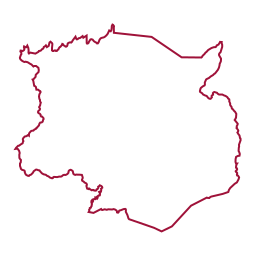 Campo Formoso, Bahia, Brazil
{"feature_id": "56859067B18593931562770", "entity_name": "Campo Formoso", "entity_type": "district", "adm_level": 2, "iso_a3": "BRA", "parent_name": "Brazil", "parent_adm1": "Bahia", "projection": "robinson", "projection_center": [-40.821, -10.26], "detail": "fine", "context": "isolated", "style": "outline", "palette": "rose", "viewbox_px": 256, "rotation_deg": 0, "n_neighbors": 0, "source": "geoboundaries", "source_scale": "gbopen_adm2", "svg_char_len": 5610}
<svg xmlns="http://www.w3.org/2000/svg" viewBox="0 0 256 256"><path d="M230.2,188.0L234.7,183.8L236.9,182.4L238.6,179.2L239.1,177.4L238.4,176.2L237.8,175.5L237.1,175.4L236.9,174.5L237.2,173.1L236.8,172.4L236.1,172.0L235.7,171.2L237.1,169.6L237.1,168.9L236.7,168.1L236.0,167.7L236.1,166.0L236.7,164.1L237.1,163.5L236.0,163.5L235.5,161.9L235.6,159.1L236.1,156.9L237.7,156.0L239.5,155.7L239.8,154.0L239.3,152.3L238.6,151.0L238.8,147.7L239.1,146.7L239.0,144.7L240.6,140.2L240.5,138.5L240.0,138.1L239.5,135.5L238.3,134.0L237.4,132.5L238.0,131.7L238.3,130.7L237.8,129.6L236.5,128.0L236.9,127.4L236.7,126.2L237.6,124.6L237.7,123.7L234.7,120.0L235.2,119.4L235.5,118.4L236.0,117.8L236.3,113.9L235.1,111.8L234.0,110.8L232.8,109.2L231.9,108.6L231.5,106.8L230.3,105.3L230.1,104.4L230.2,103.5L229.2,101.2L229.4,100.2L229.2,99.3L228.0,98.4L227.7,97.6L227.0,96.9L225.5,95.9L224.2,95.5L222.3,94.5L219.0,94.5L217.7,93.7L217.0,92.8L214.3,92.0L213.5,92.4L212.9,93.1L213.1,94.7L211.7,95.6L211.6,96.4L211.9,97.3L210.6,98.8L209.9,98.8L208.8,98.4L208.1,97.8L206.6,95.9L205.4,95.6L203.1,94.5L202.2,93.3L200.1,91.9L199.9,91.1L200.5,88.6L201.0,87.8L202.9,86.3L204.6,85.4L204.9,84.5L204.8,82.5L206.1,79.5L206.8,79.0L208.9,78.0L210.8,76.4L213.0,75.1L214.3,73.8L215.1,73.4L217.9,69.8L219.0,67.5L219.6,65.0L219.6,64.0L220.8,61.5L221.0,59.8L221.0,58.6L219.3,55.7L219.0,54.9L219.1,54.0L219.7,53.0L220.5,52.3L222.2,46.9L222.2,44.8L221.6,43.0L221.7,42.0L220.1,41.9L220.0,42.6L219.3,43.2L218.5,44.6L216.7,45.4L216.3,46.4L215.6,47.1L213.8,47.2L211.5,48.0L208.2,50.0L206.3,52.1L205.6,52.5L204.4,54.1L202.6,55.8L202.0,56.9L201.4,57.5L181.6,57.3L151.6,36.9L113.9,32.8L113.8,27.7L114.0,26.2L113.1,24.9L112.5,24.6L111.8,26.0L111.7,28.1L111.3,30.4L110.7,31.3L109.8,31.0L109.2,30.5L107.7,33.8L106.4,35.4L104.8,36.8L103.7,37.4L101.9,37.8L100.7,38.3L99.6,39.6L98.5,42.5L97.8,43.4L97.0,43.4L96.6,42.7L95.7,42.4L93.9,41.2L92.6,39.6L91.2,39.2L90.4,39.5L89.0,41.7L88.5,42.9L87.8,43.5L87.1,43.6L86.7,43.0L86.7,41.9L86.6,35.6L83.3,37.7L82.6,36.1L80.2,37.9L78.5,38.3L77.7,39.1L76.9,39.4L76.3,38.9L75.5,36.7L72.5,40.7L72.1,41.7L71.1,42.6L70.2,42.3L68.4,42.9L67.7,43.6L67.5,44.9L67.0,46.1L66.3,46.6L65.5,46.6L64.9,46.0L63.3,45.1L63.0,44.2L62.3,43.9L61.6,45.4L60.3,46.9L59.7,47.1L58.7,48.5L58.4,49.5L57.4,50.0L56.9,50.9L55.9,51.0L55.2,50.4L54.2,50.5L53.6,51.0L52.7,51.0L52.0,50.4L52.0,48.1L52.4,44.0L52.1,43.2L50.5,41.7L49.5,42.5L48.7,45.9L46.9,47.1L45.9,45.4L45.3,46.1L43.8,47.0L43.4,48.2L42.8,48.9L42.0,49.2L41.2,50.2L40.6,50.7L38.9,51.0L38.5,51.8L35.4,53.6L30.3,52.6L29.0,53.5L28.5,52.8L28.6,50.2L28.3,47.9L27.3,45.6L26.4,47.2L25.7,47.3L24.1,46.4L23.9,47.1L24.4,49.0L24.0,50.1L23.1,50.8L22.2,51.1L21.6,50.7L20.6,50.6L20.4,51.6L21.2,52.3L21.4,54.1L20.9,54.8L19.9,57.6L20.0,58.5L20.6,59.5L22.2,60.9L23.9,61.8L24.6,62.0L25.5,61.7L27.6,62.2L30.6,64.1L31.4,64.4L33.4,66.5L34.2,66.0L36.1,66.0L38.4,67.8L38.8,70.1L38.5,72.1L36.4,74.1L35.7,75.0L35.6,76.8L33.5,79.2L32.6,79.5L33.3,80.9L34.2,85.8L35.1,86.2L35.9,87.0L36.4,89.7L38.1,89.7L38.9,90.3L39.4,90.9L40.2,91.1L40.6,92.0L39.4,94.3L39.0,96.5L39.4,98.9L40.0,99.9L40.0,100.9L40.2,101.8L40.8,102.5L40.2,104.6L40.1,105.5L39.1,107.1L40.0,108.8L39.8,109.7L38.2,111.2L38.0,112.2L38.5,113.1L39.9,113.8L40.6,114.7L40.6,115.7L41.2,116.5L42.1,116.6L43.5,118.2L43.6,119.1L43.0,120.1L42.7,121.6L41.7,122.4L40.2,122.6L39.5,123.5L38.9,125.5L37.5,126.9L37.2,127.6L36.4,127.9L36.1,128.7L34.3,129.6L33.4,130.6L32.1,130.7L31.0,131.1L30.3,131.9L29.4,132.9L29.0,133.8L28.9,135.6L28.3,135.1L27.7,135.1L26.7,136.1L24.8,136.5L23.5,137.8L22.8,139.1L23.0,140.2L23.4,141.1L23.0,141.7L22.6,143.3L20.6,144.5L19.2,145.6L18.1,145.8L16.0,147.9L15.4,148.9L17.0,148.7L17.7,148.9L19.1,150.8L19.7,153.0L19.3,154.7L19.4,157.9L19.8,158.7L20.9,159.9L20.9,160.6L20.7,162.5L20.0,163.4L20.0,165.9L20.7,167.9L20.9,168.8L22.0,169.8L23.8,170.3L24.5,170.7L24.8,171.4L24.8,172.4L25.6,174.2L26.3,175.0L28.2,175.9L29.0,175.9L29.5,175.2L30.9,174.7L31.6,174.1L33.1,172.5L33.5,171.5L34.1,170.9L36.0,169.6L36.7,169.6L38.6,170.3L39.5,170.4L40.1,171.3L41.9,173.3L43.6,174.3L45.8,174.8L47.3,176.0L48.4,176.3L50.0,177.6L52.1,178.3L52.9,178.0L53.3,177.2L54.0,176.9L57.2,177.1L59.1,176.6L60.8,176.6L61.6,176.4L63.0,175.2L64.2,174.8L65.2,175.0L66.0,174.8L67.4,174.0L68.4,172.8L68.6,171.2L69.1,170.5L69.9,170.0L70.7,169.8L71.6,170.2L72.8,171.2L73.3,173.7L74.3,174.6L75.3,174.9L76.1,174.6L79.7,174.7L81.9,174.9L82.7,177.4L82.6,178.4L82.0,179.6L82.1,180.6L83.9,181.8L84.5,182.5L86.3,183.4L86.8,184.2L86.9,184.9L86.4,185.9L87.1,188.6L88.7,189.1L89.1,188.5L90.6,189.6L91.8,190.3L92.8,189.9L93.6,190.0L94.2,190.6L94.9,190.5L95.8,190.7L96.4,190.2L96.7,189.3L97.6,189.0L98.4,187.6L98.2,186.7L99.3,186.0L99.8,185.3L101.3,186.0L102.1,186.8L102.3,187.7L101.0,188.8L101.3,189.6L101.0,191.5L100.4,192.4L99.8,191.6L99.1,191.9L100.0,193.3L99.9,194.0L100.0,194.9L99.6,195.5L98.7,195.4L97.1,196.6L97.8,196.8L97.5,198.1L97.0,198.8L95.3,197.6L95.1,199.1L94.3,199.0L93.6,199.2L93.2,200.2L92.4,199.7L91.4,201.0L91.4,201.8L92.0,201.5L92.7,201.8L92.1,202.7L91.8,203.8L91.9,204.5L91.6,205.1L91.7,205.9L91.2,206.6L90.8,207.7L89.8,208.0L89.7,209.0L89.1,209.8L89.3,211.0L88.7,212.0L93.5,212.9L101.1,209.0L101.6,209.8L102.3,210.0L104.7,209.3L106.8,209.8L108.2,209.3L112.1,209.5L113.6,209.1L115.0,209.5L116.5,210.5L116.9,211.3L117.0,212.4L118.0,212.7L118.6,212.2L118.8,211.3L119.5,210.5L120.6,210.3L123.6,209.1L125.2,208.9L125.8,209.3L125.9,210.1L125.8,211.8L127.4,215.0L128.5,218.5L129.1,219.2L154.0,227.8L161.6,231.4L171.9,226.4L191.0,205.7L206.8,197.6L207.6,197.9L209.3,198.0L210.2,197.1L211.2,196.6L222.7,193.9L228.3,192.0L228.9,190.0L230.2,188.0Z" fill="none" stroke="#9f1239" stroke-width="2"/></svg>